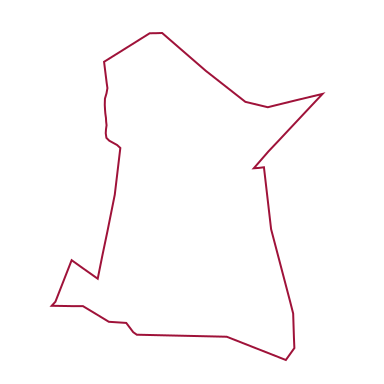 Irecê, Bahia, Brazil (Robinson projection), rotated 98°
{"feature_id": "56859067B47886484176392", "entity_name": "Irecê", "entity_type": "district", "adm_level": 2, "iso_a3": "BRA", "parent_name": "Brazil", "parent_adm1": "Bahia", "projection": "robinson", "projection_center": [-41.852, -11.308], "detail": "fine", "context": "isolated", "style": "outline", "palette": "rose", "viewbox_px": 384, "rotation_deg": 98, "n_neighbors": 0, "source": "geoboundaries", "source_scale": "gbopen_adm2", "svg_char_len": 852}
<svg xmlns="http://www.w3.org/2000/svg" viewBox="0 0 384 384"><g transform="rotate(98 192 192)"><path d="M324.2,315.1L322.1,298.1L321.5,293.1L320.2,284.1L326.3,269.8L332.1,256.3L330.8,238.9L339.0,230.7L341.0,226.8L330.5,137.5L345.3,75.7L332.3,68.9L322.0,70.8L298.3,74.9L286.8,79.6L217.8,108.5L157.5,124.2L158.9,129.4L159.9,134.1L141.1,121.9L129.3,113.5L91.1,86.6L76.7,76.4L86.5,101.3L95.1,122.8L97.5,128.7L95.3,151.7L70.1,195.2L43.5,236.3L38.7,243.7L39.7,249.5L40.7,256.0L58.2,276.8L75.3,297.2L96.1,291.6L100.9,290.2L106.2,290.4L111.7,291.2L117.9,290.5L122.5,289.6L126.1,288.8L130.7,287.5L134.3,286.8L137.8,285.9L141.8,285.9L145.8,285.6L150.3,284.3L152.7,281.1L154.3,276.9L155.9,272.7L158.4,269.1L205.5,268.1L243.2,270.3L267.1,271.9L291.0,273.3L282.4,290.0L276.3,301.7L319.7,312.0L324.2,315.1Z" fill="none" stroke="#9f1239" stroke-width="2"/></g></svg>